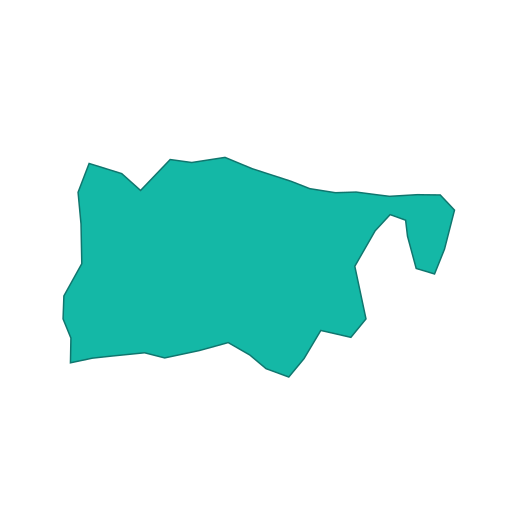 Xyliatos, Nicosia, Cyprus, rotated 78°
{"feature_id": "46923920B57039776858603", "entity_name": "Xyliatos", "entity_type": "district", "adm_level": 2, "iso_a3": "CYP", "parent_name": "Cyprus", "parent_adm1": "Nicosia", "projection": "albers", "projection_center": [33.036, 35.022], "detail": "fine", "context": "isolated", "style": "filled", "palette": "teal", "viewbox_px": 512, "rotation_deg": 78, "n_neighbors": 0, "source": "geoboundaries", "source_scale": "gbopen_adm2", "svg_char_len": 764}
<svg xmlns="http://www.w3.org/2000/svg" viewBox="0 0 512 512"><g transform="rotate(78 256 256)"><path d="M143.8,319.9L167.9,355.3L147.5,370.2L130.8,400.0L156.7,416.8L188.3,420.5L227.3,428.0L255.1,452.2L277.4,457.8L297.8,454.1L321.9,459.7L321.9,437.3L323.8,418.7L327.5,385.1L336.7,366.5L336.7,331.1L334.9,301.2L351.6,282.6L368.3,269.6L381.2,249.1L366.4,230.4L342.3,208.1L355.3,180.1L340.4,161.5L320.0,161.5L286.6,161.5L256.0,134.1L255.4,133.2L243.4,116.2L252.1,102.2L259.5,102.9L260.7,103.0L268.1,103.7L301.5,101.9L310.7,85.1L288.5,70.2L252.4,52.3L234.6,63.1L230.7,80.5L229.6,85.2L225.4,113.0L221.6,124.0L214.3,144.7L210.6,165.2L201.3,189.4L190.2,206.2L169.8,241.6L153.1,265.8L151.2,299.4L143.8,319.9Z" fill="#14b8a6" stroke="#0f766e" stroke-width="1.5"/></g></svg>